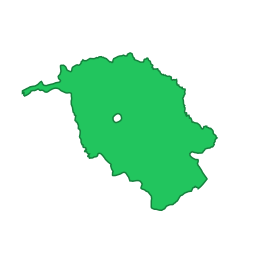 the district of Dibaya, Kasaï-Occidental, Democratic Republic of the Congo, rotated 147°
{"feature_id": "63176286B23998883625218", "entity_name": "Dibaya", "entity_type": "district", "adm_level": 2, "iso_a3": "COD", "parent_name": "Democratic Republic of the Congo", "parent_adm1": "Kasaï-Occidental", "projection": "mercator", "projection_center": [22.801, -6.389], "detail": "fine", "context": "isolated", "style": "filled", "palette": "green", "viewbox_px": 256, "rotation_deg": 147, "n_neighbors": 0, "source": "geoboundaries", "source_scale": "gbopen_adm2", "svg_char_len": 5825}
<svg xmlns="http://www.w3.org/2000/svg" viewBox="0 0 256 256"><g transform="rotate(147 128 128)"><path d="M146.5,42.1L144.5,40.6L143.0,40.6L141.3,40.3L138.4,41.5L135.8,41.1L134.7,40.9L132.1,39.4L131.2,39.5L130.1,39.8L128.9,39.6L128.0,40.0L126.3,40.0L121.6,42.4L120.5,42.6L119.0,42.2L117.3,42.4L116.2,42.6L112.0,41.8L109.2,40.5L106.5,42.3L105.6,42.4L104.5,42.0L103.8,42.5L103.4,42.4L103.0,41.1L102.1,40.1L101.9,39.4L102.1,38.9L100.2,39.1L98.5,39.4L95.7,40.1L92.4,41.2L89.5,42.2L89.4,42.7L89.6,46.8L89.7,50.5L89.4,52.4L89.4,56.8L89.6,58.5L89.0,60.6L88.2,61.0L87.0,62.2L86.6,63.4L87.7,64.2L88.6,64.8L90.3,67.8L90.8,69.5L91.0,71.0L90.2,72.8L88.4,73.2L87.0,73.2L86.8,72.7L86.1,71.9L85.3,70.9L84.2,70.1L83.7,69.4L83.1,68.8L81.9,68.2L80.4,67.2L79.0,66.7L77.5,67.4L76.0,67.7L74.9,68.3L73.9,68.2L71.8,67.5L70.1,66.6L68.0,66.7L67.6,66.2L66.9,66.2L64.7,67.2L64.6,68.0L64.1,68.6L62.3,69.3L61.7,70.4L60.4,71.0L58.7,71.2L59.0,72.4L58.5,73.8L59.5,76.8L58.4,79.0L58.3,80.0L58.8,82.6L59.5,82.7L59.5,83.2L60.4,84.1L60.4,84.5L61.5,85.9L61.0,86.6L61.9,87.3L63.0,87.4L63.6,87.8L65.1,86.7L65.6,86.5L66.2,86.7L66.5,87.4L66.5,89.3L66.3,91.3L67.1,93.8L67.4,94.4L69.3,96.1L70.1,97.6L70.8,97.8L71.0,98.4L70.4,99.5L69.9,102.0L70.1,102.4L71.0,102.8L70.6,103.5L70.0,105.5L71.6,106.3L72.0,106.0L72.4,106.0L72.5,106.3L72.1,107.8L71.9,107.8L71.7,107.2L71.2,107.7L70.7,108.8L71.1,109.2L71.9,109.6L72.1,110.0L71.3,111.4L70.1,112.6L69.2,113.9L69.4,114.5L69.0,115.6L68.2,116.0L68.5,117.0L68.4,117.7L66.6,120.9L65.9,123.1L64.1,124.0L63.4,124.8L62.2,125.2L61.7,125.6L61.2,126.2L61.1,127.2L59.4,128.7L59.0,129.5L60.9,131.2L61.1,131.6L60.4,132.5L61.4,133.2L62.2,134.2L62.4,135.9L62.1,136.5L63.0,136.9L63.3,137.5L62.8,138.3L62.7,139.3L61.5,140.8L60.9,142.3L62.6,142.7L62.9,143.4L63.6,143.8L64.6,143.9L65.0,144.7L64.9,145.3L65.1,145.7L64.2,146.6L64.1,147.5L64.5,147.7L64.8,148.7L66.7,149.8L67.2,150.4L67.8,151.4L67.8,152.0L69.2,152.7L69.2,153.6L70.4,154.2L70.9,156.2L70.5,158.3L71.0,158.9L70.9,159.8L71.3,160.7L70.9,161.5L71.3,161.8L72.6,162.1L73.2,162.9L74.5,163.2L74.8,163.6L74.3,164.5L74.9,165.7L74.4,166.2L73.3,166.7L73.1,167.2L73.9,169.3L73.0,171.8L73.8,173.5L73.4,175.6L73.9,176.3L75.6,176.0L76.4,176.6L77.1,176.6L78.7,175.1L79.3,175.0L81.7,176.4L83.3,179.1L84.9,181.1L85.4,182.2L84.7,182.9L85.1,184.8L84.2,188.1L85.2,189.7L85.7,189.9L88.3,190.1L89.3,189.2L90.4,189.4L91.4,190.3L91.6,190.8L92.0,191.5L94.2,192.0L95.5,192.8L97.6,193.4L100.0,193.6L102.2,193.9L103.2,193.3L104.1,192.5L104.9,191.6L105.8,191.6L106.3,192.8L107.3,193.3L108.4,197.9L109.0,198.9L109.6,199.2L110.1,200.6L111.1,201.2L111.5,202.3L112.2,202.7L113.5,203.4L115.1,203.2L116.1,204.2L117.8,204.3L119.2,204.9L122.0,207.0L126.2,207.1L128.1,208.3L128.7,209.7L129.6,209.2L130.4,209.1L131.3,208.9L132.0,208.0L133.3,207.5L134.3,207.3L135.3,207.6L135.9,208.4L136.9,208.9L137.8,209.0L139.8,209.1L141.4,209.1L142.1,208.7L142.9,208.0L143.6,207.1L144.7,206.4L145.5,206.5L146.2,207.5L147.0,208.7L147.6,210.2L147.3,211.1L147.1,212.4L147.0,213.4L147.8,215.7L149.0,216.4L150.1,217.1L150.8,216.9L151.6,215.5L152.4,213.9L153.3,212.1L154.5,211.1L155.8,210.0L157.7,209.6L158.5,209.2L159.2,207.4L159.1,206.2L158.7,205.0L158.9,204.3L159.8,203.9L160.7,203.8L161.7,204.3L163.8,205.2L166.8,205.8L169.1,206.7L171.9,207.6L173.4,208.0L174.3,208.7L175.3,209.7L175.6,211.2L175.3,212.6L175.3,214.2L176.4,214.3L178.4,213.9L179.9,213.6L182.1,213.7L183.1,213.8L185.4,214.9L187.7,215.8L189.9,215.9L191.5,216.2L193.2,216.3L194.7,216.5L196.3,216.6L197.7,214.5L197.0,214.3L196.2,214.8L195.9,214.5L197.4,212.4L197.5,212.0L197.1,211.5L197.2,211.2L195.9,210.9L194.7,210.8L193.5,210.7L192.4,210.8L190.8,210.9L190.0,211.3L189.5,211.7L188.3,211.6L187.0,211.0L186.0,210.3L185.2,210.1L184.3,209.9L183.4,209.9L182.4,209.7L181.8,209.2L181.5,207.8L181.0,207.2L180.0,206.9L179.2,206.2L178.6,205.5L178.4,204.9L178.3,204.2L178.1,203.7L177.6,203.1L177.0,202.6L176.4,202.3L175.7,202.1L175.1,202.1L174.4,202.1L173.0,202.2L169.9,201.9L168.4,201.5L166.9,200.8L165.5,199.6L164.5,198.2L164.0,196.3L163.6,195.4L162.3,193.4L161.5,192.1L160.8,191.2L159.7,190.4L158.4,189.8L157.5,189.2L156.9,188.3L156.8,187.7L158.3,185.3L158.9,183.8L159.7,182.7L160.9,181.6L162.7,178.7L163.3,175.7L165.3,171.2L165.0,169.6L165.8,168.1L165.1,166.9L168.2,163.4L168.3,163.0L167.9,162.2L168.1,161.3L167.6,160.4L167.6,159.8L168.0,159.0L167.8,158.2L168.5,156.6L169.8,154.9L170.0,154.3L169.4,153.5L169.6,151.6L171.4,149.1L173.4,147.1L173.6,146.1L173.6,144.0L175.1,141.6L175.6,138.9L175.0,138.4L175.4,137.4L176.0,136.7L175.8,135.9L174.7,135.0L174.3,134.5L174.3,134.1L174.6,133.5L174.7,132.5L175.0,132.3L175.7,132.7L176.3,132.2L176.8,132.3L177.1,132.0L177.0,131.5L176.0,131.0L175.6,130.4L175.8,129.6L175.6,128.5L174.5,127.2L175.2,127.0L175.6,127.2L175.9,126.3L176.4,126.2L177.0,126.4L177.2,126.0L176.3,124.6L176.7,123.7L175.9,123.5L175.8,123.2L173.9,122.2L171.9,122.1L170.5,121.3L169.3,121.2L168.4,121.6L167.7,122.3L167.1,122.7L166.6,122.7L165.8,122.3L165.3,121.9L164.8,121.4L164.2,118.8L164.1,117.3L164.0,116.4L163.9,115.3L164.0,114.0L163.7,112.7L163.3,110.7L162.7,108.8L162.3,107.8L162.1,107.0L162.1,106.5L163.1,105.7L164.0,102.7L164.2,99.6L165.0,99.2L166.7,96.9L166.7,96.5L165.8,95.8L164.4,95.0L163.4,94.7L162.3,94.4L160.2,93.8L158.9,93.6L156.8,93.5L155.8,93.2L155.0,92.6L154.4,91.7L154.3,90.5L154.3,88.4L154.3,87.8L154.2,86.4L155.2,82.6L154.1,81.8L153.0,80.8L150.9,79.9L149.2,79.1L148.0,78.3L147.2,77.5L146.7,76.6L146.5,74.9L146.6,73.9L146.6,73.3L149.7,70.8L149.9,70.3L149.5,69.3L147.8,67.2L147.1,65.0L146.0,63.6L145.5,58.1L146.0,57.3L146.4,56.2L148.2,54.1L151.5,49.1L151.7,48.4L151.5,47.6L150.2,45.6L148.4,44.3L146.5,42.1ZM129.1,145.8L127.8,144.9L127.1,143.2L127.1,142.0L127.6,140.6L128.3,139.2L130.0,138.3L132.3,138.3L134.5,138.8L135.5,139.4L136.2,140.8L136.1,142.9L134.8,145.1L132.7,145.8L130.7,146.0L129.1,145.8Z" fill="#22c55e" stroke="#15803d" stroke-width="1.5"/></g></svg>